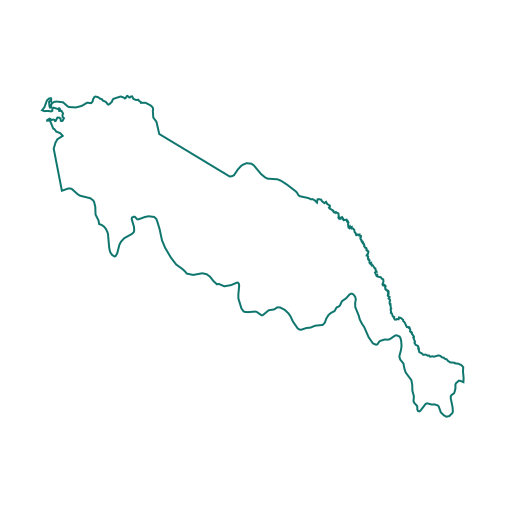 Codajás, Amazonas, Brazil (Equal Earth projection), rotated 169°
{"feature_id": "56859067B38130670878820", "entity_name": "Codajás", "entity_type": "district", "adm_level": 2, "iso_a3": "BRA", "parent_name": "Brazil", "parent_adm1": "Amazonas", "projection": "equal_earth", "projection_center": [-63.147, -3.128], "detail": "fine", "context": "isolated", "style": "outline", "palette": "teal", "viewbox_px": 512, "rotation_deg": 169, "n_neighbors": 0, "source": "geoboundaries", "source_scale": "gbopen_adm2", "svg_char_len": 6100}
<svg xmlns="http://www.w3.org/2000/svg" viewBox="0 0 512 512"><g transform="rotate(169 256 256)"><path d="M397.0,284.4L394.9,282.5L393.7,282.8L391.7,285.2L388.0,293.0L385.9,295.7L382.0,298.6L373.4,301.4L371.3,302.9L370.7,304.3L370.2,307.9L371.0,315.8L370.4,317.4L368.2,317.9L367.4,317.5L365.6,314.7L364.4,314.4L357.6,315.5L353.8,315.5L348.6,313.8L346.8,311.5L346.2,307.7L345.5,300.5L345.3,289.4L343.7,281.6L339.9,270.8L336.0,262.9L330.5,257.0L328.6,254.4L327.4,252.0L321.3,249.4L312.1,249.3L308.0,247.6L305.1,244.5L302.5,239.4L299.7,235.6L298.6,235.8L297.4,235.4L292.9,232.3L285.9,232.2L279.9,233.5L278.8,233.3L278.1,231.9L278.2,230.0L280.7,221.5L281.4,217.6L280.3,207.3L278.8,204.0L277.5,203.2L274.5,202.4L267.4,201.6L266.0,201.0L261.8,196.7L260.7,196.6L253.9,200.3L248.3,200.1L244.9,201.5L242.2,200.9L238.0,197.6L234.9,193.2L233.6,190.0L232.3,184.7L228.9,177.0L227.7,175.7L225.9,175.0L220.1,175.7L216.2,175.3L211.3,176.3L203.7,175.6L201.1,177.5L198.9,181.2L196.0,184.3L193.1,185.9L189.5,186.9L186.6,190.2L184.6,190.5L183.1,191.3L180.3,195.2L175.6,197.3L171.5,200.4L169.9,200.9L168.7,200.5L167.6,199.5L166.4,196.9L166.3,194.4L167.7,190.7L168.3,186.8L166.6,178.3L166.2,173.7L165.0,169.5L163.3,165.4L160.9,154.7L157.9,147.9L155.1,146.0L153.7,146.1L151.2,148.6L149.8,149.0L145.7,149.5L142.6,148.7L140.6,148.8L134.5,151.4L133.1,151.3L130.4,149.5L129.8,147.5L129.7,145.0L130.3,139.9L131.6,136.1L134.2,130.7L134.5,129.3L134.1,126.6L131.8,122.4L131.8,117.1L131.3,113.1L127.2,104.5L127.2,99.9L128.2,93.9L127.8,88.2L129.1,83.2L128.7,81.7L126.4,77.9L126.9,74.5L126.6,73.0L125.3,72.3L124.1,72.8L117.6,78.5L116.1,78.7L111.7,76.6L109.2,76.3L106.3,74.8L105.4,73.6L104.4,67.2L102.1,63.9L99.8,61.9L96.7,62.0L93.2,64.4L92.4,65.8L91.9,70.2L92.0,78.8L91.6,81.2L90.6,82.2L87.9,83.4L87.0,84.7L85.5,87.9L84.8,91.7L84.0,92.9L80.7,94.9L79.3,94.5L76.5,92.6L75.5,96.5L74.9,102.8L73.8,107.4L75.3,109.8L78.1,111.7L81.2,112.7L81.4,113.3L85.6,114.5L87.6,116.4L88.5,118.1L90.5,119.3L91.1,120.4L92.8,121.0L94.0,122.7L95.8,123.6L100.5,123.2L102.1,123.9L104.3,123.9L105.2,125.4L106.3,125.3L108.1,126.8L110.7,127.1L111.7,128.6L114.0,130.5L114.3,133.7L113.9,133.5L113.8,134.2L114.2,136.8L116.2,138.3L117.0,140.5L116.3,141.4L117.1,145.8L116.6,145.8L116.3,146.4L117.0,148.5L117.7,149.3L117.5,150.7L117.8,151.4L118.2,151.1L119.1,152.5L118.7,154.1L119.0,156.7L119.3,157.0L119.9,156.5L120.6,157.3L121.5,157.5L122.9,162.8L123.9,164.0L123.8,165.2L125.5,167.4L127.3,168.4L128.1,166.7L129.6,167.3L130.3,166.8L131.8,167.1L132.4,168.5L132.0,169.8L133.2,170.5L133.6,173.7L134.5,174.4L134.0,175.8L134.1,177.8L133.3,178.6L133.6,179.1L133.2,183.0L133.7,182.9L133.9,184.1L133.4,186.0L132.9,186.4L132.9,187.6L133.8,188.7L133.3,188.9L132.8,190.2L133.4,190.3L134.1,191.8L133.7,192.0L133.9,192.6L133.7,193.4L133.0,193.6L133.5,195.7L132.7,195.7L132.8,196.5L133.3,196.5L134.4,198.1L134.9,198.0L135.3,198.6L135.2,201.3L134.6,201.4L134.6,202.0L135.5,203.3L136.1,203.5L136.8,202.9L137.3,203.9L135.7,206.8L135.6,208.8L136.9,209.8L137.4,211.2L140.7,212.7L140.6,214.2L141.5,213.8L142.3,217.0L141.6,217.2L141.3,218.4L140.8,218.1L141.4,220.3L141.2,221.1L141.9,221.5L143.3,224.7L144.2,224.6L144.2,226.6L144.6,226.2L145.0,226.7L144.7,227.2L145.1,227.4L145.5,226.9L145.9,227.6L145.4,230.1L145.9,230.3L146.3,230.9L146.1,231.4L146.5,231.5L146.5,232.8L146.0,234.0L146.2,234.6L147.3,235.3L146.4,236.5L145.8,236.6L144.8,238.8L145.3,239.8L146.2,240.1L146.5,240.7L146.0,241.0L146.2,242.8L147.2,243.2L147.5,244.0L148.0,245.1L147.6,245.4L147.8,247.3L148.4,249.1L148.8,248.5L149.6,250.4L149.5,251.8L150.0,252.2L150.2,253.8L149.4,254.5L149.2,255.8L150.7,256.3L150.4,257.4L153.2,257.3L153.1,258.0L153.8,258.0L153.9,259.6L154.6,260.5L154.6,263.1L155.7,264.6L157.1,264.7L157.4,265.3L156.7,266.3L157.8,266.4L158.0,267.0L159.0,265.5L159.8,266.3L159.6,269.6L158.9,271.4L159.3,272.7L159.9,272.3L160.1,272.8L160.2,274.4L163.1,274.4L163.3,275.8L163.9,275.8L163.8,277.2L164.1,277.8L165.7,277.3L166.0,276.7L166.5,276.7L166.7,277.6L167.2,277.4L167.1,276.7L167.5,276.9L167.8,278.0L167.1,279.8L167.0,282.1L168.8,283.4L169.2,283.2L169.3,283.9L170.9,283.7L171.3,284.2L171.4,285.7L172.0,285.7L172.5,286.7L174.8,288.6L175.1,289.7L174.0,290.2L174.0,291.6L176.1,293.3L176.9,295.8L178.7,294.8L180.9,297.3L181.2,298.8L183.6,299.9L184.8,299.8L186.0,296.8L187.6,299.3L189.7,301.1L191.1,301.1L193.4,302.8L201.7,306.4L202.7,307.5L203.8,310.6L204.9,312.2L211.9,320.1L217.1,325.1L220.3,327.2L229.8,329.7L231.9,331.2L235.5,335.6L240.8,345.3L242.9,347.5L247.6,348.9L251.5,348.1L253.7,347.1L257.3,344.4L262.2,339.5L264.4,338.9L266.7,339.1L327.7,394.2L328.1,406.7L330.4,411.5L329.6,418.1L329.0,419.4L329.0,421.2L329.6,422.4L330.6,423.8L335.2,427.5L339.7,428.3L339.7,429.2L340.9,430.1L341.8,431.9L343.8,431.9L346.4,433.6L347.1,436.3L348.5,436.4L349.6,435.6L350.3,435.9L351.6,437.7L352.3,437.6L353.8,435.9L354.8,435.7L355.6,436.8L358.5,438.4L365.8,437.5L366.7,437.0L368.1,434.8L371.0,433.0L372.1,432.8L372.6,433.2L374.0,436.0L376.9,437.9L377.1,439.1L379.0,440.2L380.8,442.1L383.3,443.2L384.4,442.8L386.1,440.8L386.9,438.9L388.6,437.5L392.5,438.7L398.4,436.6L404.4,436.2L411.2,437.9L412.3,438.8L416.1,443.7L422.1,445.6L424.7,445.8L426.8,445.0L428.2,443.6L428.7,441.2L429.8,440.9L430.2,442.3L429.7,446.8L428.6,447.5L427.7,446.7L427.0,449.5L427.3,450.1L429.3,450.0L431.6,448.5L435.3,442.4L438.2,439.9L436.2,438.6L432.4,438.1L429.5,437.0L428.2,437.4L427.8,439.4L426.6,440.3L422.2,438.0L421.1,438.6L420.5,437.9L420.5,437.2L421.5,436.6L421.5,435.9L419.3,435.7L418.2,432.7L419.1,431.2L419.3,429.3L418.2,428.0L420.1,425.6L420.8,425.5L421.8,425.9L421.7,428.3L422.8,429.4L424.5,429.8L427.0,426.7L427.5,426.8L427.6,427.8L428.9,428.6L431.4,428.6L431.4,429.3L432.3,430.2L435.0,429.3L435.2,428.7L432.4,428.3L430.7,419.7L429.7,419.0L428.3,416.2L424.8,414.0L422.8,410.8L428.7,408.5L431.1,405.7L434.1,400.0L434.1,357.1L427.3,358.1L424.9,357.5L423.9,356.8L419.3,350.7L417.3,348.8L407.6,344.3L405.3,341.7L404.6,340.1L404.4,334.9L405.6,327.3L403.8,320.9L403.9,317.3L401.5,315.9L399.5,313.7L398.1,311.0L397.3,307.7L397.1,305.8L398.5,292.4L398.5,288.9L398.2,287.0L397.0,284.4Z" fill="none" stroke="#0f766e" stroke-width="2"/></g></svg>